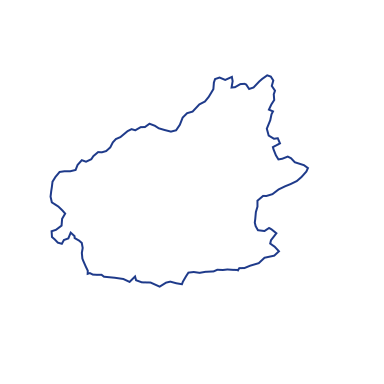 Pachna, Limassol, Cyprus, rotated 229°
{"feature_id": "46923920B95512444648748", "entity_name": "Pachna", "entity_type": "district", "adm_level": 2, "iso_a3": "CYP", "parent_name": "Cyprus", "parent_adm1": "Limassol", "projection": "equal_earth", "projection_center": [32.786, 34.766], "detail": "fine", "context": "isolated", "style": "outline", "palette": "blue", "viewbox_px": 384, "rotation_deg": 229, "n_neighbors": 0, "source": "geoboundaries", "source_scale": "gbopen_adm2", "svg_char_len": 2217}
<svg xmlns="http://www.w3.org/2000/svg" viewBox="0 0 384 384"><g transform="rotate(229 192 192)"><path d="M102.7,175.3L103.5,177.7L100.2,181.7L98.2,187.6L94.5,195.7L94.8,203.6L90.0,212.3L90.2,218.7L96.3,218.5L101.8,217.2L103.8,220.0L104.7,224.6L105.5,228.6L111.7,227.5L114.3,226.5L115.0,221.1L119.9,216.7L124.4,217.6L127.7,219.3L130.2,222.1L135.0,227.1L138.0,231.8L142.5,235.7L142.4,243.1L140.2,245.5L137.6,251.3L137.1,259.1L135.2,266.1L133.3,271.6L131.5,278.3L131.5,284.6L132.4,291.7L134.0,295.2L138.8,294.1L147.0,289.1L152.5,288.9L155.9,287.5L157.9,281.9L159.9,278.6L164.7,279.4L170.7,281.5L172.8,282.5L171.0,290.3L176.3,292.0L178.4,288.8L184.3,286.9L190.7,290.0L194.8,298.1L198.5,303.0L199.7,306.0L203.7,304.1L206.0,309.3L207.5,314.4L212.1,317.8L214.0,321.1L219.7,321.8L222.8,326.5L227.4,327.2L230.7,325.3L231.3,319.2L231.3,315.4L230.5,307.0L232.3,302.7L237.5,303.4L239.1,302.7L241.7,299.3L242.9,293.2L244.9,290.4L249.0,295.4L252.4,297.4L252.7,297.6L254.8,290.6L260.3,287.9L262.1,283.5L260.3,280.4L255.6,275.6L253.3,268.5L252.8,266.9L251.8,261.1L253.3,255.0L252.3,245.2L254.7,240.0L254.3,233.8L250.7,226.9L249.0,220.5L251.4,215.7L256.9,211.9L261.9,208.7L266.4,207.4L271.4,204.7L271.9,199.1L274.6,195.8L275.8,189.7L279.1,187.6L280.2,183.3L280.3,178.5L280.4,174.0L281.9,169.3L281.4,164.8L279.3,159.6L279.2,154.1L281.1,150.0L283.7,147.3L283.8,141.1L282.8,137.5L284.4,131.9L288.3,129.7L287.5,123.4L285.0,118.6L287.6,113.6L291.3,109.4L294.0,105.2L293.7,103.5L293.0,99.0L291.3,93.5L287.7,89.5L285.0,86.3L281.3,82.2L276.1,79.4L268.7,81.6L263.0,82.1L258.9,82.1L257.0,76.4L252.2,71.5L252.7,64.5L254.5,60.3L251.6,58.1L249.9,56.8L246.3,57.3L241.8,57.5L238.3,59.8L239.8,63.8L238.1,68.2L240.9,73.8L235.8,74.4L234.2,73.2L229.4,74.9L225.9,75.4L221.5,72.8L218.3,68.9L213.7,65.6L211.5,64.8L205.4,62.9L201.0,61.7L198.7,59.6L197.8,61.7L194.7,63.0L191.6,66.2L188.9,69.4L185.8,70.0L177.9,77.5L171.4,83.1L165.1,85.9L165.6,93.6L162.1,91.9L156.7,94.9L150.9,101.3L141.8,105.5L140.6,113.0L138.6,116.8L133.4,120.3L129.0,123.9L130.3,126.3L132.4,132.5L133.5,136.4L130.5,140.8L126.0,144.7L123.0,149.7L117.9,156.2L116.7,160.1L112.9,164.1L110.3,167.9L106.6,171.6L103.4,175.1L102.7,175.3Z" fill="none" stroke="#1e3a8a" stroke-width="2"/></g></svg>